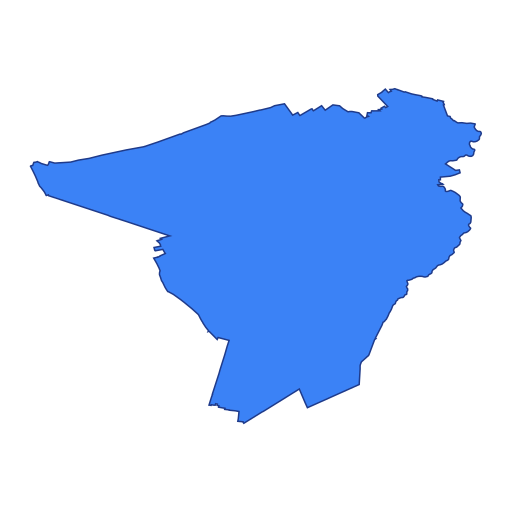 outline of Achtkarspelen, Friesland, Netherlands
{"feature_id": "6326949B91154833232060", "entity_name": "Achtkarspelen", "entity_type": "district", "adm_level": 2, "iso_a3": "NLD", "parent_name": "Netherlands", "parent_adm1": "Friesland", "projection": "robinson", "projection_center": [6.159, 53.208], "detail": "fine", "context": "isolated", "style": "filled", "palette": "blue", "viewbox_px": 512, "rotation_deg": 0, "n_neighbors": 0, "source": "geoboundaries", "source_scale": "gbopen_adm2", "svg_char_len": 5959}
<svg xmlns="http://www.w3.org/2000/svg" viewBox="0 0 512 512"><path d="M209.0,405.1L211.1,405.4L211.3,404.7L213.4,405.1L215.2,405.2L215.6,403.7L217.4,404.1L217.1,405.4L218.9,405.8L218.6,407.2L225.0,408.3L224.7,409.4L229.2,409.9L229.2,410.2L235.3,410.8L239.0,411.5L238.3,418.6L237.8,421.3L243.1,421.8L243.1,422.3L243.8,423.3L261.8,412.1L263.3,411.4L272.3,405.8L299.3,389.0L305.0,402.4L307.4,407.7L359.2,384.5L360.1,369.0L360.1,365.7L360.4,364.5L361.3,362.1L361.8,361.5L367.7,356.2L368.3,355.8L368.9,354.9L374.7,339.4L375.5,339.0L375.9,338.6L375.6,338.5L375.4,338.1L381.9,325.4L382.5,323.8L383.0,322.3L383.9,321.8L384.6,321.2L385.6,319.9L386.3,319.3L388.1,315.8L389.3,312.8L390.0,311.9L391.4,309.3L392.6,306.0L392.9,305.4L393.7,304.6L395.2,303.7L395.4,303.3L395.6,302.3L396.1,301.2L396.7,300.6L397.5,300.1L397.8,299.2L398.1,298.8L401.0,297.6L402.7,297.5L403.2,297.3L403.9,296.6L405.0,294.9L405.4,294.6L406.3,294.5L406.7,294.2L406.8,293.1L406.8,291.9L407.0,291.4L407.6,290.7L407.7,289.2L407.6,288.7L406.9,287.9L406.4,286.4L407.6,284.9L407.9,284.1L407.8,283.4L407.3,282.3L407.0,281.3L406.9,280.9L407.0,280.6L407.5,280.3L408.9,280.2L411.9,279.3L413.2,278.2L414.8,277.8L416.5,276.8L418.9,276.3L421.0,276.3L422.3,276.4L424.0,276.9L425.2,277.0L427.6,276.4L428.0,276.1L428.5,275.1L429.0,274.6L430.8,273.7L431.7,273.0L431.9,272.6L432.0,271.4L432.6,270.2L433.4,269.5L435.7,268.0L436.9,266.4L437.5,265.7L438.6,265.1L440.4,264.7L442.2,264.0L444.4,262.4L445.6,261.2L447.8,260.1L448.7,259.1L448.9,257.4L449.9,255.6L451.9,254.6L454.1,252.6L454.2,252.2L453.7,250.9L453.6,249.9L454.5,248.0L455.0,247.7L456.7,247.1L459.3,244.7L459.8,244.1L459.9,243.8L460.0,242.4L460.9,240.5L459.5,237.9L459.5,237.4L459.7,237.1L460.9,235.5L462.3,234.6L463.6,233.2L463.9,233.0L466.1,232.5L467.7,231.7L469.6,230.0L470.5,228.7L470.6,228.4L470.5,228.0L469.7,227.3L469.1,226.4L468.7,225.7L468.5,224.9L468.8,224.2L470.1,223.4L470.8,222.1L471.2,217.7L471.0,216.1L470.7,215.6L469.5,214.9L467.5,213.5L465.2,212.2L463.3,210.8L460.9,208.0L461.1,207.6L462.0,206.8L462.4,206.1L462.6,205.4L462.8,204.3L462.6,203.9L461.1,202.6L460.3,201.3L460.1,200.5L460.3,197.3L460.1,196.6L459.6,195.9L458.8,195.1L455.3,192.5L453.2,191.4L450.9,190.4L450.4,190.4L448.1,191.3L446.6,191.5L445.8,191.4L445.3,190.9L445.4,189.6L445.2,188.9L444.4,187.5L443.6,186.6L442.7,186.2L440.7,186.4L439.2,186.2L438.4,185.9L437.7,184.7L442.9,184.2L442.3,183.7L440.9,183.3L439.0,181.9L438.8,179.8L440.4,179.8L440.4,177.1L450.2,176.2L455.1,174.8L460.1,172.8L459.4,169.9L455.6,170.4L445.5,163.9L446.7,162.9L447.4,162.2L449.0,161.1L450.4,160.7L452.7,160.8L456.4,160.2L456.9,159.9L457.4,159.0L457.9,158.3L459.1,157.4L460.1,156.9L461.2,156.6L462.9,156.6L463.9,156.4L464.4,156.1L465.0,155.5L465.9,155.0L466.9,155.1L468.4,156.0L469.8,156.3L471.3,156.3L472.0,156.0L472.8,155.5L473.6,154.2L473.9,152.1L474.4,151.0L474.7,150.5L474.7,149.8L474.5,149.5L474.0,149.2L472.6,149.0L471.5,148.1L470.8,147.4L470.4,146.8L470.1,145.7L469.5,144.6L469.4,143.9L469.5,142.8L470.1,141.7L470.7,141.2L471.5,141.2L473.4,141.8L475.2,141.7L477.0,141.1L478.8,139.8L479.2,139.3L479.4,138.9L479.5,136.7L480.7,135.1L481.0,134.5L481.3,133.3L480.9,132.2L480.6,131.8L480.1,131.5L479.4,131.4L478.3,131.4L477.8,131.2L476.6,130.5L475.5,129.3L474.3,127.4L474.3,126.2L474.7,125.8L474.9,124.6L475.2,124.2L475.1,123.9L470.6,123.1L466.8,123.4L461.9,122.7L458.0,122.9L457.0,122.5L454.2,120.6L453.5,120.7L451.9,119.0L450.7,118.2L450.1,116.5L447.5,115.9L443.4,105.0L444.3,104.7L444.1,104.2L442.9,102.0L443.6,101.6L443.6,101.4L437.6,99.9L437.1,101.1L432.8,99.4L432.7,98.8L425.6,97.4L422.8,97.0L421.9,96.8L422.0,96.3L421.3,96.0L421.3,95.9L420.2,95.6L415.8,94.8L411.6,93.9L405.2,91.8L404.3,92.1L397.7,89.7L397.7,89.8L394.8,88.7L392.4,89.4L391.2,89.4L390.0,89.5L391.3,91.2L389.7,91.8L388.4,92.6L385.3,89.1L382.0,91.9L381.9,92.2L377.7,94.6L377.8,96.1L387.7,106.5L385.7,107.6L384.4,106.3L381.1,108.2L381.8,109.0L380.3,109.5L378.7,109.6L379.9,110.8L373.3,110.9L371.8,110.8L371.6,110.9L371.0,112.8L367.5,112.7L366.8,116.0L368.2,116.1L368.5,116.4L367.6,116.6L366.9,116.9L364.9,118.1L364.3,118.0L358.9,112.8L352.0,111.5L349.7,111.5L348.1,111.8L347.7,111.6L342.8,108.6L339.6,105.8L332.9,104.9L325.2,110.2L321.6,105.7L313.4,110.8L313.2,110.7L312.0,108.8L311.0,109.1L300.0,115.5L299.8,115.5L297.8,112.5L292.7,115.1L284.5,103.8L274.6,105.7L270.6,107.6L260.8,110.0L259.7,110.1L253.1,111.7L236.2,115.3L230.6,116.2L226.6,116.1L223.4,115.8L221.1,115.9L215.0,120.0L211.7,121.7L210.6,122.1L209.7,123.1L206.3,124.5L183.5,132.8L180.9,134.3L180.2,134.0L157.7,142.1L145.8,146.1L145.3,146.4L145.0,146.3L144.8,146.5L143.0,146.9L126.4,149.9L102.1,155.1L89.1,158.4L78.5,160.1L70.6,162.1L54.8,163.1L49.6,161.7L49.3,161.8L49.1,162.1L48.8,163.3L48.2,164.5L47.6,165.3L47.3,165.3L41.3,163.5L39.2,162.4L38.1,162.1L37.6,161.6L35.1,162.3L34.0,162.3L33.7,162.7L33.6,163.0L32.7,165.5L31.0,165.7L30.9,166.6L30.7,166.6L33.2,171.5L35.4,176.1L37.7,181.5L38.2,183.2L39.0,184.7L39.4,185.7L39.7,186.2L41.2,187.8L44.2,191.7L45.6,194.2L45.9,195.0L46.3,195.5L48.4,194.9L48.6,195.7L108.6,215.5L109.0,215.8L110.9,216.5L126.4,221.5L169.8,235.9L160.2,238.4L160.3,238.7L160.5,238.8L161.5,238.6L161.8,239.3L160.3,239.8L157.3,240.6L157.3,240.8L157.0,240.9L159.2,242.8L159.7,243.5L160.5,244.9L160.4,245.5L160.7,246.2L154.0,247.5L154.7,250.2L155.1,250.3L155.3,250.8L162.8,249.4L164.8,252.8L165.3,253.5L160.0,255.9L160.0,256.1L157.7,257.3L157.5,257.0L156.6,257.4L153.7,258.1L156.9,263.7L159.2,268.4L159.6,269.6L160.0,270.5L160.1,270.8L159.7,271.9L159.5,273.0L159.5,274.7L160.5,277.4L161.4,280.3L161.5,280.6L162.7,282.4L165.1,287.4L166.5,289.7L167.8,291.6L168.6,291.8L173.4,294.4L180.5,299.5L184.1,302.3L191.9,308.7L198.0,314.2L198.8,315.2L198.9,315.5L200.5,318.7L201.8,321.0L202.7,322.3L202.9,322.9L205.7,327.2L208.5,330.7L208.2,331.4L208.4,331.3L209.5,331.7L217.2,339.5L218.1,337.5L229.1,340.4L227.1,346.5L224.8,354.6L220.0,369.9L219.1,373.2L212.3,394.3L212.5,394.4L211.5,397.1L209.0,405.1Z" fill="#3b82f6" stroke="#1e3a8a" stroke-width="1.5"/></svg>